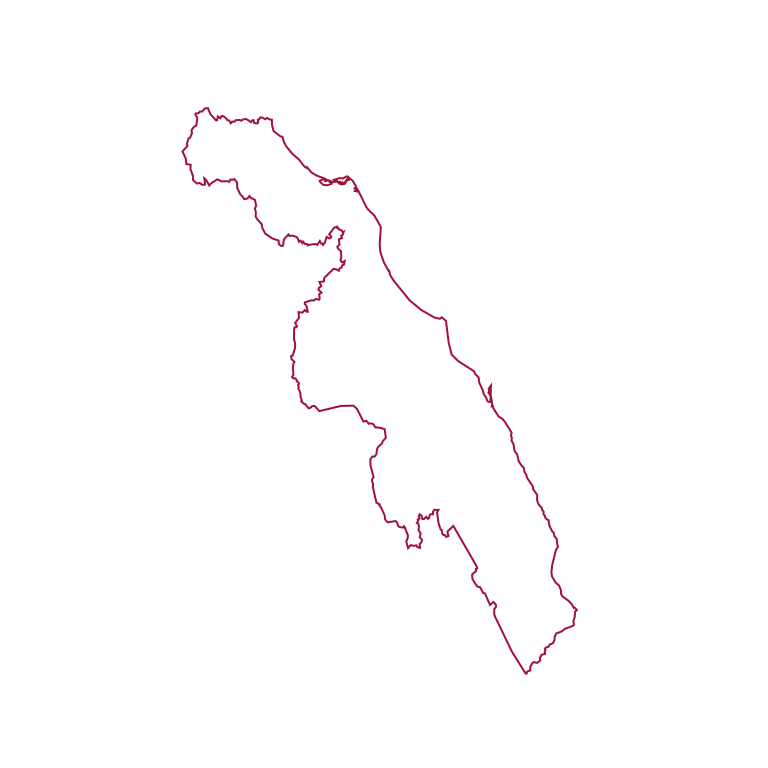 Nkhotakota, Nkhotakota, Malawi (Equal Earth projection), rotated 339°
{"feature_id": "42251766B56128896232398", "entity_name": "Nkhotakota", "entity_type": "district", "adm_level": 2, "iso_a3": "MWI", "parent_name": "Malawi", "parent_adm1": "Nkhotakota", "projection": "equal_earth", "projection_center": [34.171, -12.833], "detail": "fine", "context": "isolated", "style": "outline", "palette": "rose", "viewbox_px": 768, "rotation_deg": 339, "n_neighbors": 0, "source": "geoboundaries", "source_scale": "gbopen_adm2", "svg_char_len": 6118}
<svg xmlns="http://www.w3.org/2000/svg" viewBox="0 0 768 768"><g transform="rotate(339 384 384)"><path d="M338.0,470.4L338.0,473.4L336.7,476.0L334.4,492.1L335.5,492.9L335.9,494.6L336.9,494.8L336.4,496.4L337.1,499.1L337.5,507.0L336.5,510.9L337.7,514.4L345.7,516.1L346.6,518.4L346.2,520.7L347.2,523.1L350.5,524.9L351.6,523.9L352.0,524.7L352.1,533.7L351.1,536.1L348.3,539.2L347.7,545.8L351.1,544.0L354.0,545.8L356.4,546.2L356.8,548.4L358.9,549.9L359.9,546.2L362.6,544.8L363.7,542.9L362.4,539.8L364.7,536.6L363.8,533.0L365.6,529.5L366.0,526.9L364.9,525.5L367.0,524.1L366.9,522.8L369.0,522.3L368.9,520.2L370.6,518.4L371.9,520.6L371.5,523.8L373.3,524.3L375.8,523.1L376.7,525.7L378.0,525.3L379.8,522.7L381.4,522.4L383.2,523.2L383.9,520.9L385.8,519.5L389.7,521.0L387.5,522.8L385.1,533.4L384.7,540.2L385.5,541.0L384.8,545.0L385.3,546.2L386.7,546.7L387.2,549.0L389.7,549.0L390.1,545.1L390.9,544.2L397.9,541.4L405.2,587.7L404.9,589.5L403.5,589.5L403.0,591.6L398.0,593.4L396.8,597.1L397.1,600.6L398.6,606.6L400.9,608.1L401.7,614.7L403.2,615.6L403.8,628.3L408.1,626.7L409.4,630.5L408.3,632.6L406.4,633.4L404.5,638.1L404.3,640.6L407.5,679.7L412.4,705.0L413.5,705.4L414.2,704.1L415.9,703.7L417.8,703.9L419.3,700.3L422.9,697.5L424.4,697.4L426.8,699.2L430.1,698.4L430.9,697.9L431.3,695.7L434.0,693.3L437.6,693.7L438.2,691.3L439.4,690.4L439.2,689.1L440.3,688.1L443.4,688.2L445.5,686.6L448.9,686.5L451.5,684.1L452.7,681.1L455.6,678.6L460.7,678.7L465.5,677.4L473.8,677.5L475.2,676.7L475.9,673.1L478.3,670.3L481.0,664.8L482.9,664.3L482.9,663.4L481.7,661.0L480.9,661.0L480.5,657.2L478.6,652.6L474.4,646.1L474.1,643.3L475.3,639.8L475.2,634.9L473.0,630.8L471.9,623.8L472.7,620.0L476.1,613.4L484.9,600.7L488.2,598.1L488.2,596.0L489.7,590.6L488.5,586.9L489.2,583.6L488.3,582.2L487.8,578.2L487.8,574.2L488.9,570.2L487.7,569.0L486.6,566.3L487.0,565.0L486.2,562.6L487.3,560.4L486.5,558.6L486.8,555.9L485.3,552.3L485.1,549.3L485.5,546.6L487.3,542.4L485.5,535.6L486.2,532.9L484.0,523.1L484.3,519.8L483.6,516.7L484.5,512.1L483.1,509.2L482.1,504.4L483.1,497.7L481.9,493.5L483.4,486.1L482.7,482.7L484.2,479.6L483.9,477.9L485.7,475.2L483.5,463.5L482.1,459.1L479.4,455.6L477.4,445.9L477.7,442.9L476.9,443.1L477.7,441.8L479.9,431.7L483.3,423.8L480.0,426.0L479.7,428.2L478.5,429.3L479.2,434.0L477.7,436.7L477.4,438.6L476.3,438.9L474.4,437.1L474.5,433.2L473.5,429.1L474.0,425.1L473.4,417.0L474.7,411.8L472.7,407.2L472.7,404.5L461.5,389.2L457.7,380.8L459.2,368.5L464.5,347.3L461.8,342.4L459.5,343.1L454.9,340.0L445.4,328.4L437.9,315.1L430.1,291.1L428.8,284.7L429.4,280.3L428.9,280.3L427.5,270.8L427.9,259.2L430.3,251.4L437.3,236.4L435.5,223.6L431.8,215.7L430.9,212.2L429.4,195.6L425.9,193.3L427.8,192.0L427.8,193.2L429.1,193.4L428.4,190.9L427.4,190.6L428.3,190.2L428.7,188.9L427.6,183.0L425.7,179.8L424.5,180.9L422.7,180.4L418.9,183.1L416.2,182.6L414.3,181.1L412.7,178.3L408.6,177.0L405.1,174.0L405.7,175.9L407.7,177.4L406.9,178.3L402.0,178.1L398.7,176.3L396.7,172.4L396.9,171.1L402.0,171.3L402.1,173.7L404.2,173.7L402.6,173.2L403.6,172.8L402.5,171.2L395.5,165.0L392.1,160.5L389.9,154.3L389.4,154.8L387.7,152.6L385.0,143.8L381.0,136.4L377.9,127.1L377.3,122.2L377.8,116.8L376.0,115.7L371.6,108.3L372.3,101.8L374.1,97.1L372.3,96.3L370.2,93.8L368.0,94.3L366.0,91.8L364.1,90.7L362.4,92.1L361.0,92.0L360.0,95.1L358.6,95.2L356.2,93.7L356.8,91.0L355.5,90.6L353.7,91.9L350.2,87.1L346.7,86.5L345.2,87.1L343.5,85.6L340.1,84.6L338.2,85.6L336.4,84.6L334.4,85.7L333.8,82.4L332.4,81.5L331.3,78.3L329.2,75.8L328.1,75.7L326.5,77.3L324.7,74.7L322.8,77.8L321.7,77.7L318.6,69.9L318.5,63.3L315.2,62.6L311.9,64.5L309.8,63.6L308.0,64.7L305.0,64.0L304.4,64.9L305.1,68.8L301.3,75.5L298.5,75.9L295.3,78.0L294.4,81.3L291.4,84.4L289.7,84.6L286.2,88.9L285.6,91.5L279.2,94.6L279.7,102.7L278.3,107.9L282.1,110.0L280.3,114.0L280.2,121.2L278.8,125.1L281.2,129.9L283.9,130.1L285.6,132.9L288.4,133.7L290.0,127.6L291.1,129.9L292.0,136.1L294.4,134.7L301.8,133.2L305.1,136.7L310.4,138.5L311.8,139.8L314.0,138.0L315.4,139.1L317.8,139.0L319.0,143.2L317.3,148.2L317.7,155.2L319.3,158.6L319.7,161.3L322.9,161.9L325.7,160.3L326.4,162.6L329.5,165.9L328.5,171.9L326.3,173.9L326.0,177.5L324.2,181.6L324.6,184.4L327.1,190.9L326.3,195.0L327.1,201.2L331.9,208.1L337.0,212.3L335.9,215.9L337.8,218.6L339.4,218.6L342.4,213.1L348.4,210.1L348.8,212.0L351.5,212.5L354.8,215.2L355.5,216.4L355.6,220.7L357.3,220.2L358.0,222.7L358.6,221.7L359.6,222.0L360.1,224.6L362.7,226.0L362.5,227.2L366.9,227.8L370.6,229.0L371.5,230.2L375.3,227.5L375.6,230.4L377.1,231.0L377.0,232.3L379.2,231.1L383.2,226.1L385.1,228.4L387.2,228.2L387.6,227.3L386.4,224.7L393.5,220.2L396.6,220.3L396.3,221.6L397.3,222.2L397.1,223.1L399.6,225.7L399.9,227.8L400.8,227.6L399.0,229.8L397.2,230.2L397.1,232.7L393.7,232.8L392.4,237.9L389.6,239.2L389.6,241.1L391.4,244.7L389.7,250.0L387.7,253.1L388.5,255.5L391.4,255.1L389.6,258.1L387.4,258.3L386.2,260.0L384.2,260.1L382.3,262.0L381.1,260.2L378.2,258.4L366.4,263.5L364.6,266.7L360.2,265.6L360.6,270.1L357.4,271.1L356.6,272.5L358.4,276.3L355.7,276.9L354.4,281.6L353.4,282.0L351.1,280.2L348.4,280.9L346.5,279.9L339.6,279.4L338.7,280.7L339.6,283.5L338.7,289.2L337.7,288.9L336.6,286.6L333.4,288.1L330.0,286.3L328.3,291.8L323.0,295.1L323.4,299.1L322.2,299.6L320.9,299.0L319.9,300.3L316.2,309.3L315.5,314.7L313.7,318.7L308.9,324.8L307.3,324.6L306.6,327.5L308.3,331.3L306.7,332.5L304.6,336.6L302.7,343.0L300.7,344.5L301.3,346.3L303.0,346.8L303.9,348.6L303.6,350.2L304.8,352.2L304.7,353.5L303.2,354.3L303.3,356.4L302.5,357.3L302.7,362.3L301.4,366.5L301.4,370.1L300.5,370.6L302.3,374.1L303.2,374.4L304.8,379.5L306.4,379.9L309.2,378.9L311.4,379.7L313.9,386.1L336.1,389.1L347.6,393.2L349.8,397.3L351.4,411.7L354.3,412.0L355.7,415.7L358.0,416.2L359.7,417.8L360.4,421.5L364.3,423.2L368.4,426.3L366.5,434.8L362.6,436.8L360.8,438.8L356.0,440.6L354.0,442.5L351.8,446.8L349.2,448.4L347.1,447.5L344.2,449.5L342.2,455.2L340.9,467.2L338.8,468.6L338.0,470.4ZM416.4,175.9L410.5,175.5L411.1,176.3L410.6,177.0L412.4,177.0L414.1,179.3L415.3,179.5L414.7,180.9L417.3,180.8L417.3,181.8L419.3,182.1L422.7,179.6L425.4,179.1L424.6,177.3L423.4,176.8L419.2,177.4L416.4,175.9Z" fill="none" stroke="#9f1239" stroke-width="2"/></g></svg>